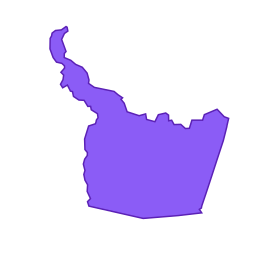 outline of Sacramento, California, United States of America, rotated 103°
{"feature_id": "52423323B62056349216099", "entity_name": "Sacramento", "entity_type": "district", "adm_level": 2, "iso_a3": "USA", "parent_name": "United States of America", "parent_adm1": "California", "projection": "equal_earth", "projection_center": [-121.498, 38.377], "detail": "fine", "context": "isolated", "style": "filled", "palette": "violet", "viewbox_px": 256, "rotation_deg": 103, "n_neighbors": 0, "source": "geoboundaries", "source_scale": "gbopen_adm2", "svg_char_len": 1317}
<svg xmlns="http://www.w3.org/2000/svg" viewBox="0 0 256 256"><g transform="rotate(103 128 128)"><path d="M189.5,38.5L187.3,38.6L174.2,37.3L168.9,36.8L155.6,35.6L140.8,34.3L120.0,32.4L119.0,32.3L104.7,32.0L103.2,32.1L96.0,32.1L95.4,36.8L89.7,45.4L97.8,56.6L103.6,57.1L106.0,67.5L114.5,68.1L115.6,72.0L112.6,77.4L114.3,83.9L110.6,87.2L111.8,90.0L106.3,91.4L104.9,94.6L108.2,101.4L115.8,103.2L115.5,111.8L110.3,114.0L113.5,119.9L112.4,132.5L104.7,137.3L101.6,141.3L99.8,140.1L97.9,145.1L95.5,149.8L96.0,169.9L93.4,176.5L90.0,176.8L83.7,180.2L79.1,186.2L77.8,193.3L74.9,199.0L73.7,206.0L69.7,206.8L67.4,205.6L56.6,212.6L50.2,211.2L47.1,208.4L43.5,210.0L43.1,211.2L47.4,215.0L49.3,220.6L52.6,223.3L55.6,223.2L58.1,224.0L68.5,221.8L76.2,216.8L79.9,212.5L79.9,207.0L81.7,203.9L83.9,203.3L88.8,205.9L90.9,202.6L95.5,202.2L100.6,203.6L103.5,200.7L99.8,196.7L105.0,192.4L105.0,190.3L109.5,188.2L111.8,182.1L110.9,177.0L116.0,172.0L115.3,169.3L118.5,167.9L120.9,161.0L124.7,159.5L127.4,160.6L129.0,160.5L131.2,160.7L134.9,166.8L148.5,167.8L158.7,165.1L161.1,162.0L163.0,161.7L163.7,161.4L168.1,163.2L173.2,163.4L179.0,160.4L183.2,160.6L188.5,158.2L192.4,154.6L199.0,153.5L205.2,148.7L208.9,150.9L212.9,148.5L212.7,92.9L202.1,59.6L194.1,37.1L191.2,40.2L189.5,38.5Z" fill="#8b5cf6" stroke="#5b21b6" stroke-width="1.5"/></g></svg>